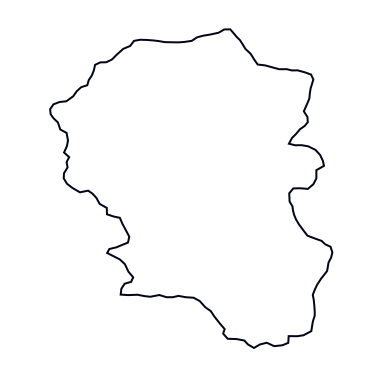 outline of Catas Altas, Minas Gerais, Brazil, rotated 266°
{"feature_id": "56859067B94045969589017", "entity_name": "Catas Altas", "entity_type": "district", "adm_level": 2, "iso_a3": "BRA", "parent_name": "Brazil", "parent_adm1": "Minas Gerais", "projection": "natural_earth1", "projection_center": [-43.409, -20.069], "detail": "fine", "context": "isolated", "style": "outline", "palette": "ink", "viewbox_px": 384, "rotation_deg": 266, "n_neighbors": 0, "source": "geoboundaries", "source_scale": "gbopen_adm2", "svg_char_len": 2208}
<svg xmlns="http://www.w3.org/2000/svg" viewBox="0 0 384 384"><g transform="rotate(266 192 192)"><path d="M345.9,207.7L342.8,202.3L342.2,194.6L342.2,189.1L342.7,183.1L343.4,175.4L344.8,169.7L345.9,164.0L346.8,157.7L347.5,150.9L346.8,144.7L342.0,140.5L339.6,133.4L334.3,126.6L329.7,121.3L327.4,115.4L327.7,109.6L325.6,104.2L320.0,102.5L315.2,100.2L310.8,96.8L305.8,95.0L304.3,88.8L300.7,84.2L295.8,80.2L291.3,73.0L291.0,66.0L289.1,59.9L284.4,56.2L279.2,56.5L275.1,59.1L270.7,63.1L263.5,65.0L259.7,71.0L252.0,71.9L246.4,70.4L240.3,67.1L235.4,71.9L230.5,69.0L225.2,69.6L219.6,65.6L214.5,65.0L208.9,67.9L204.4,73.0L199.5,80.2L200.6,88.5L197.2,92.7L192.8,96.2L186.5,99.1L182.1,105.9L175.7,105.6L173.0,112.2L171.3,118.2L164.8,120.5L159.1,123.1L151.8,126.3L146.0,124.6L144.3,119.3L142.1,112.8L140.9,105.6L137.1,103.1L133.2,109.6L129.8,115.3L124.7,120.0L117.0,123.0L111.0,127.4L106.6,125.0L105.2,118.4L100.4,114.8L94.6,113.7L93.6,121.3L93.3,130.5L91.5,137.2L90.4,143.1L91.5,152.3L88.8,159.3L88.4,165.5L89.3,171.2L87.5,178.3L86.4,186.3L82.5,192.3L76.2,197.1L71.9,202.4L66.1,205.7L58.6,210.8L53.0,215.0L48.5,213.2L43.1,217.4L42.2,226.1L40.2,233.8L36.0,237.2L32.1,242.9L35.2,249.2L36.4,256.1L32.5,263.2L32.8,271.5L34.8,277.5L41.5,278.4L40.8,286.9L41.3,293.2L44.9,301.3L54.3,303.5L60.1,305.8L64.5,306.1L69.9,306.1L76.2,305.9L81.0,305.3L85.8,307.6L90.7,310.3L96.5,314.7L103.8,321.3L112.2,323.3L116.8,326.2L122.0,327.8L127.7,326.4L130.5,321.3L134.2,317.9L137.1,311.2L140.4,304.1L146.8,299.9L152.3,296.4L157.3,293.9L161.7,292.4L166.0,291.5L170.7,291.2L175.6,288.7L183.9,288.9L188.5,293.3L188.2,300.1L187.0,307.8L191.3,313.6L196.9,317.0L205.1,317.6L208.9,325.5L214.1,324.7L220.0,322.4L225.4,318.1L229.5,311.0L231.1,304.4L231.4,298.2L233.4,292.1L238.9,295.5L242.6,299.8L247.1,304.1L250.0,309.0L253.6,312.4L258.7,312.4L264.7,309.2L271.3,312.7L277.1,315.6L282.6,316.5L287.2,317.6L291.5,319.3L295.8,320.9L300.9,318.9L303.6,312.7L306.0,305.8L306.3,300.1L307.9,295.2L308.4,287.5L310.8,280.7L313.2,273.8L314.6,266.4L320.0,263.2L325.8,260.1L331.1,255.2L335.5,253.0L340.2,250.4L343.7,247.3L347.5,244.6L351.6,241.5L351.9,235.5L349.0,229.6L347.7,220.3L347.1,213.7L345.9,207.7Z" fill="none" stroke="#020617" stroke-width="2"/></g></svg>